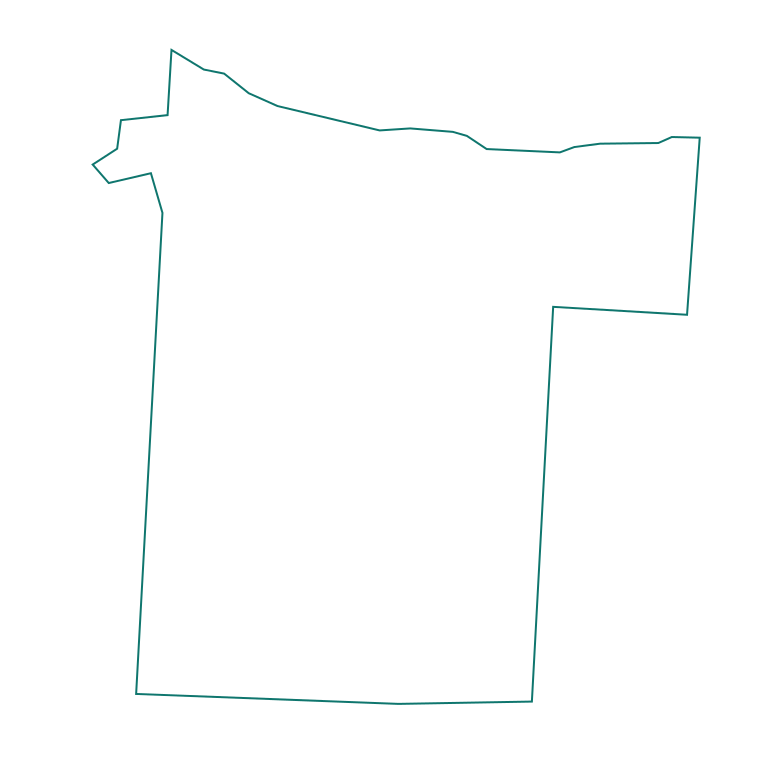 Antrim, Michigan, United States of America (orthographic projection), rotated 93°
{"feature_id": "52423323B24327368790692", "entity_name": "Antrim", "entity_type": "district", "adm_level": 2, "iso_a3": "USA", "parent_name": "United States of America", "parent_adm1": "Michigan", "projection": "orthographic", "projection_center": [-85.292, 45.01], "detail": "fine", "context": "isolated", "style": "outline", "palette": "teal", "viewbox_px": 768, "rotation_deg": 93, "n_neighbors": 0, "source": "geoboundaries", "source_scale": "gbopen_adm2", "svg_char_len": 508}
<svg xmlns="http://www.w3.org/2000/svg" viewBox="0 0 768 768"><g transform="rotate(93 384 384)"><path d="M706.5,615.3L702.7,352.8L693.4,219.7L298.1,219.1L299.0,85.0L121.5,81.6L122.3,109.5L129.0,122.7L132.7,180.8L137.4,206.3L143.5,220.5L144.0,293.8L131.9,314.2L128.6,328.5L127.4,371.2L131.0,401.6L112.0,504.9L100.7,534.3L82.4,559.9L79.4,580.4L61.5,613.7L126.8,614.2L134.3,660.5L163.0,662.8L180.1,686.4L197.7,669.4L185.7,627.8L224.7,614.2L706.5,615.3Z" fill="none" stroke="#0f766e" stroke-width="2"/></g></svg>